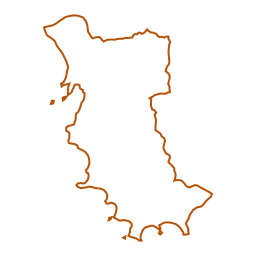 Porto Alegre, Rio Grande do Sul, Brazil (Albers equal-area conic projection)
{"feature_id": "56859067B13821039974926", "entity_name": "Porto Alegre", "entity_type": "district", "adm_level": 2, "iso_a3": "BRA", "parent_name": "Brazil", "parent_adm1": "Rio Grande do Sul", "projection": "albers", "projection_center": [-51.167, -30.1], "detail": "fine", "context": "isolated", "style": "outline", "palette": "amber", "viewbox_px": 256, "rotation_deg": 0, "n_neighbors": 0, "source": "geoboundaries", "source_scale": "gbopen_adm2", "svg_char_len": 4146}
<svg xmlns="http://www.w3.org/2000/svg" viewBox="0 0 256 256"><path d="M170.2,42.1L168.5,38.8L168.4,36.6L166.0,36.6L164.5,37.6L162.1,36.8L159.5,37.0L157.7,36.1L156.5,34.0L153.4,32.7L150.7,32.4L148.6,31.0L147.0,29.4L145.6,31.3L144.0,32.9L141.8,33.9L140.0,32.6L138.3,32.8L137.0,34.3L134.9,34.0L133.1,35.7L132.4,37.5L130.1,37.7L127.3,38.1L124.9,37.9L123.0,38.7L119.9,38.8L117.7,39.0L114.4,39.7L111.8,39.5L109.9,39.6L107.6,39.8L105.4,40.6L103.8,41.5L102.0,40.0L101.0,38.5L99.6,37.1L96.7,37.1L92.5,38.3L90.8,36.3L89.2,33.5L88.0,31.6L87.8,29.1L87.3,25.3L86.6,23.0L85.9,21.2L84.6,19.7L83.0,17.4L79.7,16.3L77.5,15.6L74.4,15.4L71.2,15.7L67.1,16.6L65.0,17.3L62.0,19.3L57.5,22.4L55.7,23.8L52.6,25.3L49.4,26.1L46.3,26.8L44.1,27.3L44.5,29.4L45.7,32.5L46.9,35.2L49.6,37.0L52.0,38.6L54.6,41.0L55.6,42.7L56.7,45.5L58.5,48.2L60.4,50.5L62.9,54.1L64.5,57.6L66.3,61.3L67.1,63.8L68.2,67.6L67.4,69.5L67.0,71.5L66.6,74.1L65.9,77.6L64.4,80.6L63.1,82.7L61.0,83.8L61.7,86.5L63.2,85.2L65.0,84.6L67.2,84.4L69.4,83.6L68.3,87.1L67.8,90.5L68.0,93.0L68.0,95.0L70.3,93.4L71.8,91.8L72.6,89.7L73.8,87.2L74.7,84.7L77.7,84.5L79.5,85.2L79.9,88.0L81.2,89.4L82.9,90.0L83.0,92.0L84.6,93.3L84.4,95.3L84.3,97.8L83.3,100.6L81.5,102.9L80.5,106.4L79.3,109.8L78.0,112.2L76.3,113.4L75.6,115.5L75.8,117.8L75.1,121.2L73.8,124.6L70.5,125.5L68.2,126.0L66.2,127.7L66.3,130.8L68.2,131.8L69.5,133.3L69.3,135.2L69.3,138.3L68.3,140.7L68.9,142.9L70.7,143.5L73.0,143.7L75.0,144.2L77.3,145.4L77.8,147.8L79.6,148.9L81.6,149.8L83.3,150.7L85.2,152.0L87.5,154.7L88.5,156.7L89.3,160.6L89.4,163.3L88.9,165.2L87.9,167.9L86.0,170.1L86.3,172.3L88.2,173.4L88.7,175.3L88.4,177.4L87.8,179.7L86.2,181.8L84.8,183.2L83.0,183.5L80.7,183.0L77.8,183.5L76.4,185.3L77.8,186.8L79.4,187.6L81.1,188.2L83.4,187.8L86.5,187.3L89.0,186.7L91.6,186.9L93.8,187.6L95.5,188.1L97.5,188.3L99.6,188.5L101.5,188.9L104.1,190.2L106.0,192.4L107.2,194.6L107.2,196.6L106.8,199.1L105.1,201.3L106.7,203.6L109.3,203.5L111.2,202.6L113.1,203.2L115.2,204.4L116.5,206.7L116.5,209.6L115.9,212.5L114.9,214.8L114.1,217.6L116.7,219.0L118.7,220.4L121.7,220.5L123.4,220.1L125.2,220.3L127.4,220.8L129.2,221.4L130.6,222.6L131.7,224.1L131.8,226.4L130.3,228.3L129.8,232.7L128.4,235.8L131.1,237.0L133.2,237.5L135.6,238.2L137.6,239.3L139.4,240.6L141.5,240.6L140.5,238.0L140.8,235.1L141.9,232.1L143.2,229.5L145.2,227.5L147.8,226.7L150.6,225.8L153.3,225.7L154.8,226.6L156.6,227.6L158.5,228.8L160.1,230.6L160.4,228.3L159.2,225.3L162.3,223.6L164.2,222.6L166.1,222.4L168.5,222.4L170.2,222.7L172.3,223.1L174.1,223.5L175.7,224.1L177.4,225.2L179.7,227.2L181.5,229.7L183.2,232.2L183.5,234.6L185.5,234.6L188.7,234.0L188.3,231.2L188.2,228.7L187.0,225.9L185.9,223.7L186.9,221.3L188.2,219.5L189.0,217.3L190.0,214.4L191.7,212.2L193.0,210.0L195.0,208.8L197.1,207.3L199.6,207.0L201.3,206.4L202.7,205.1L204.3,203.5L205.3,201.9L207.3,199.9L208.8,198.5L210.9,196.7L211.9,193.8L209.5,192.2L200.7,187.5L199.2,186.7L196.7,185.3L194.4,185.2L191.8,186.4L190.1,187.3L187.9,187.0L186.0,185.7L184.7,183.9L183.1,182.0L181.1,180.4L179.3,180.1L176.4,180.1L174.4,180.6L175.1,178.7L175.6,175.8L175.4,173.1L174.3,171.0L174.3,168.4L172.6,166.2L169.9,163.6L168.4,161.9L169.0,159.9L170.1,157.6L169.3,155.1L167.5,154.2L165.9,153.4L165.1,151.5L163.8,149.5L163.4,147.1L164.0,144.8L164.4,142.6L165.0,140.8L164.2,138.3L161.7,136.5L160.7,134.0L158.8,132.4L157.1,131.4L155.5,129.9L155.5,127.4L155.5,125.2L155.9,122.6L156.0,120.0L155.5,118.0L154.6,114.8L156.2,112.7L154.4,110.2L152.2,109.4L151.0,105.7L151.0,102.8L151.2,99.4L149.6,98.3L151.1,97.4L152.8,96.5L154.6,95.1L156.9,94.5L158.9,93.9L160.9,93.5L163.7,93.8L165.8,93.7L167.3,92.6L169.9,92.2L169.5,89.0L169.6,86.8L168.2,84.1L168.9,80.8L169.7,78.1L169.6,75.4L167.9,72.9L165.7,71.3L166.2,69.1L166.8,66.9L168.3,65.0L169.3,63.2L169.3,60.9L169.1,58.7L168.7,54.9L168.5,52.4L168.7,49.2L168.9,46.7L169.2,44.7L170.2,42.1ZM64.9,98.9L66.7,96.5L64.2,97.0L62.7,97.8L63.0,100.4L64.9,98.9ZM160.1,230.6L158.8,233.3L160.2,234.5L162.0,232.9L160.1,230.6ZM53.3,103.4L53.9,100.9L51.8,100.7L51.0,103.9L53.3,103.4ZM110.5,219.3L111.7,217.2L109.2,217.8L108.7,220.2L110.5,219.3ZM125.3,236.6L123.3,237.7L125.1,238.6L125.3,236.6Z" fill="none" stroke="#b45309" stroke-width="2"/></svg>